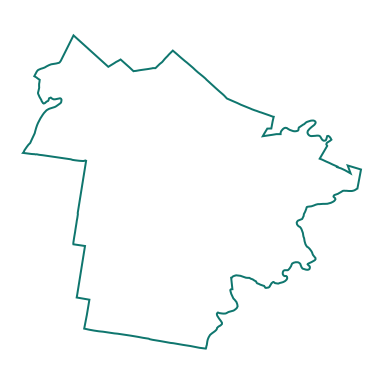 the district of Milcovul, Vrancea, Romania
{"feature_id": "2599482B789818779685", "entity_name": "Milcovul", "entity_type": "district", "adm_level": 2, "iso_a3": "ROU", "parent_name": "Romania", "parent_adm1": "Vrancea", "projection": "orthographic", "projection_center": [27.261, 45.644], "detail": "fine", "context": "isolated", "style": "outline", "palette": "teal", "viewbox_px": 384, "rotation_deg": 0, "n_neighbors": 0, "source": "geoboundaries", "source_scale": "gbopen_adm2", "svg_char_len": 5924}
<svg xmlns="http://www.w3.org/2000/svg" viewBox="0 0 384 384"><path d="M297.8,220.8L298.3,220.5L302.1,219.0L302.5,218.4L302.8,217.6L303.3,216.7L303.6,216.1L303.8,214.8L303.9,214.1L305.2,211.6L306.0,209.5L306.4,208.4L306.5,207.8L306.8,207.1L307.9,206.7L311.4,206.3L313.8,205.5L315.7,204.7L317.6,204.2L318.3,204.1L320.0,204.1L322.6,203.9L327.2,203.8L329.1,203.3L330.9,202.8L332.8,201.9L334.2,201.0L334.8,200.3L335.2,199.7L335.4,199.3L335.3,198.8L335.0,198.1L334.1,197.3L333.6,196.8L333.5,196.5L333.6,196.1L333.8,195.7L334.2,195.2L334.8,194.9L337.1,194.1L337.8,193.9L338.4,193.5L340.7,192.2L342.8,190.9L344.0,190.7L345.6,190.8L346.6,190.8L348.9,191.0L351.9,191.0L353.6,190.6L354.2,190.4L355.6,189.7L356.6,188.9L357.0,188.7L357.4,188.6L361.0,169.5L347.7,165.5L350.6,173.4L344.9,170.2L341.3,168.5L337.1,167.1L337.4,166.6L332.6,164.5L329.3,162.9L326.1,161.5L322.1,159.6L319.7,158.7L327.2,145.9L326.8,145.3L326.3,144.2L326.8,143.0L327.3,142.5L329.9,140.9L331.4,139.7L330.4,137.8L329.4,136.6L328.2,135.9L327.2,136.1L326.2,139.5L325.8,140.2L325.1,140.6L324.4,140.7L323.7,140.7L322.9,140.3L322.1,139.6L321.2,138.2L320.7,137.3L320.2,136.5L319.7,136.1L318.9,135.7L317.0,135.6L315.6,135.8L311.3,136.1L310.3,135.9L309.4,135.5L308.7,134.9L308.1,134.2L307.7,133.4L307.5,132.6L307.6,131.8L307.9,130.8L309.6,128.8L311.6,127.0L314.3,124.9L315.2,123.7L315.6,122.8L315.6,122.2L315.3,121.6L314.7,121.0L314.0,120.7L313.3,120.5L312.6,120.5L311.4,120.6L310.7,120.7L307.0,121.9L306.1,122.4L304.1,124.2L303.2,124.6L299.7,127.0L299.1,127.3L298.7,127.9L298.6,128.4L298.5,129.5L298.3,130.2L297.8,130.7L296.5,131.1L294.9,131.3L293.2,131.1L289.8,129.9L288.2,129.0L286.9,128.1L286.6,128.0L285.4,127.8L284.9,127.9L284.3,128.1L283.7,128.5L282.9,129.1L281.7,130.5L281.2,131.2L280.8,132.2L280.6,133.0L280.6,134.1L276.6,134.1L272.4,134.8L262.8,136.2L264.2,133.7L267.3,128.6L271.3,128.5L272.7,121.0L273.5,117.6L273.7,116.8L272.9,116.7L269.5,115.4L262.6,113.0L261.2,112.5L259.8,112.1L258.2,111.5L256.6,110.9L254.7,110.3L251.5,109.1L250.7,108.7L240.8,104.7L237.5,103.1L233.3,101.3L226.9,98.5L224.2,95.6L222.8,94.3L219.3,91.3L215.6,88.0L206.4,79.6L205.6,78.7L203.2,76.6L198.0,72.4L195.4,70.1L193.1,67.9L186.8,62.5L185.0,61.1L180.4,57.2L176.9,54.1L172.8,50.6L168.8,54.6L167.5,56.1L165.8,57.8L164.6,59.1L162.9,61.2L162.1,62.1L159.7,64.0L155.5,68.1L152.8,68.1L152.3,68.3L148.2,69.0L139.7,70.2L135.9,70.9L134.4,71.0L133.5,71.2L129.6,67.5L120.6,59.5L118.2,60.9L116.2,61.9L113.9,63.4L108.3,66.8L73.5,35.4L60.8,60.8L59.7,62.3L59.0,62.8L56.2,63.5L51.2,64.3L49.1,65.1L46.7,66.3L44.7,67.5L42.8,68.2L40.8,68.8L38.3,69.9L37.6,70.5L36.8,71.5L34.3,76.2L36.5,77.5L37.6,78.4L39.7,79.8L39.4,82.3L39.1,83.9L39.1,86.2L39.2,87.6L39.0,88.7L38.8,89.5L38.6,90.4L38.2,92.0L38.0,92.9L38.1,93.7L39.6,97.1L41.3,100.0L41.5,100.7L41.8,101.3L42.7,102.6L43.0,103.1L43.7,103.5L44.4,103.3L45.2,102.9L46.0,102.1L46.6,101.6L48.1,100.9L48.5,100.2L48.9,98.9L49.1,98.3L50.8,97.6L51.9,98.5L52.8,99.0L53.6,99.3L55.2,99.3L60.0,98.3L60.4,98.4L60.8,98.6L61.1,98.9L61.4,99.5L61.5,100.0L61.4,100.7L61.2,102.0L60.9,102.7L59.9,103.6L56.1,106.3L54.8,107.0L49.7,108.6L48.7,109.0L46.5,110.3L44.0,113.0L42.7,114.8L40.4,118.4L38.0,123.0L37.0,125.4L36.1,128.1L35.2,131.3L34.7,133.3L31.6,139.9L30.2,143.0L28.4,144.8L26.8,146.9L24.4,150.4L23.8,151.9L23.0,152.9L31.6,154.0L34.8,154.2L35.5,154.4L36.8,154.3L39.1,154.8L42.6,155.2L70.8,159.3L72.6,159.9L75.3,160.3L79.5,160.8L82.7,161.0L83.6,161.0L85.4,160.5L86.1,160.8L77.8,212.5L77.7,213.2L77.9,214.0L77.3,218.1L76.8,220.7L76.5,222.9L75.5,229.1L75.1,231.9L74.2,237.2L73.4,242.4L73.3,243.6L73.4,244.3L85.0,246.0L77.3,294.1L76.7,297.5L89.4,299.7L86.8,315.2L84.2,328.6L89.2,329.7L94.2,330.6L98.9,331.3L103.0,331.7L114.4,333.4L117.6,333.7L130.4,335.6L138.2,336.9L142.9,337.8L148.8,338.7L149.3,339.0L149.8,339.2L152.5,339.8L160.5,341.1L170.4,342.9L173.3,343.2L183.1,344.9L190.3,346.0L199.5,347.8L205.8,348.6L206.1,347.8L206.4,346.1L206.8,345.0L207.3,341.5L207.7,339.7L208.6,337.4L209.2,336.4L210.0,335.0L211.6,333.6L214.9,331.2L216.1,330.1L216.7,329.3L216.9,328.7L217.1,327.9L218.1,326.9L219.7,325.8L220.2,325.7L220.8,325.2L221.9,324.1L222.0,322.9L221.3,321.6L218.8,318.2L217.2,315.6L216.9,314.4L216.9,313.7L217.3,313.1L217.7,312.6L218.2,312.6L219.3,313.1L222.2,313.5L223.8,313.6L225.4,313.5L226.1,313.3L226.9,312.9L228.5,312.0L233.5,310.6L234.5,310.0L235.9,308.9L236.8,308.0L237.6,306.4L237.3,304.4L236.5,302.1L234.7,299.8L233.4,298.5L231.3,294.0L230.6,291.6L230.3,290.1L231.0,289.3L232.4,289.2L231.2,278.1L231.5,278.2L232.1,277.2L232.6,276.7L233.2,276.3L234.7,275.7L235.3,275.6L236.1,275.3L237.8,275.5L240.4,275.8L245.9,277.7L248.1,277.9L249.4,277.9L251.0,278.8L252.0,279.1L252.9,279.5L254.5,280.6L255.9,281.3L256.1,281.5L256.5,282.5L256.8,282.9L257.2,283.3L258.6,283.8L260.4,284.7L261.0,284.9L263.6,285.8L264.1,285.9L265.4,287.8L266.1,287.9L268.0,287.6L268.5,287.5L269.0,287.2L269.8,286.4L269.9,285.9L270.6,284.9L271.5,283.3L273.0,282.1L273.6,282.0L275.0,283.1L277.4,283.5L278.7,283.5L279.4,283.1L281.4,282.6L283.1,282.1L284.5,281.4L285.3,280.9L286.6,279.6L287.0,278.9L287.2,278.3L287.1,277.3L287.0,276.8L286.7,276.5L286.3,276.1L285.8,276.0L284.6,276.1L283.7,275.6L282.9,274.5L282.7,273.2L282.9,271.9L283.6,270.7L284.7,270.2L286.7,270.2L287.7,270.2L288.4,269.8L289.7,268.3L290.4,267.2L291.1,266.1L291.5,264.9L292.1,263.6L293.7,262.7L295.8,262.2L298.0,262.3L298.7,262.6L299.6,263.2L300.4,264.1L300.7,265.2L301.6,267.3L302.1,268.0L302.6,268.6L305.8,269.6L306.3,269.7L307.9,269.8L309.3,269.2L309.7,268.4L309.9,267.3L309.7,266.4L308.4,265.2L307.6,264.3L307.8,263.9L309.3,263.1L311.5,262.1L314.0,260.7L314.9,260.1L315.5,259.3L315.5,258.1L313.1,255.1L312.5,253.8L312.1,252.5L311.4,251.2L309.7,248.9L308.2,247.4L307.1,246.8L306.5,246.0L305.5,244.3L304.6,241.3L304.1,238.2L303.5,236.7L303.2,235.1L302.9,233.0L302.3,231.4L301.6,229.5L301.0,228.3L300.1,227.1L298.7,226.3L297.9,225.6L297.0,224.3L296.7,222.7L297.1,221.7L297.8,220.8Z" fill="none" stroke="#0f766e" stroke-width="2"/></svg>